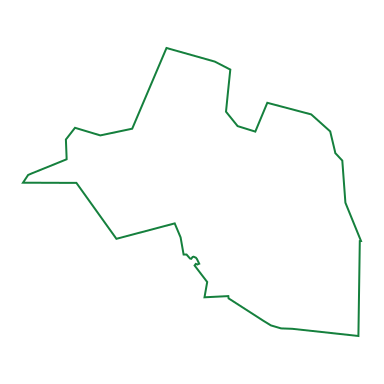 Sinkat, Red Sea, Sudan
{"feature_id": "16777658B46905215541980", "entity_name": "Sinkat", "entity_type": "district", "adm_level": 2, "iso_a3": "SDN", "parent_name": "Sudan", "parent_adm1": "Red Sea", "projection": "orthographic", "projection_center": [36.565, 18.905], "detail": "fine", "context": "isolated", "style": "outline", "palette": "green", "viewbox_px": 384, "rotation_deg": 0, "n_neighbors": 0, "source": "geoboundaries", "source_scale": "gbopen_adm2", "svg_char_len": 750}
<svg xmlns="http://www.w3.org/2000/svg" viewBox="0 0 384 384"><path d="M23.0,182.7L76.4,182.9L116.4,238.8L174.7,223.4L180.6,237.4L183.6,254.5L186.5,254.5L190.0,258.5L191.2,258.8L192.6,257.0L193.6,256.7L195.9,257.7L196.9,259.0L199.2,263.7L197.3,264.5L195.8,263.9L194.6,265.5L201.3,274.3L207.2,282.0L204.5,297.3L228.3,296.1L228.6,298.4L263.4,320.8L270.9,325.4L281.1,328.4L292.2,328.8L358.4,336.0L359.8,241.1L361.0,241.0L345.4,202.7L342.3,160.6L335.3,153.1L334.9,151.1L330.2,131.4L311.2,114.4L282.8,106.9L267.3,102.8L255.3,131.6L237.6,126.1L226.0,111.7L228.0,91.8L230.3,69.6L214.8,61.6L166.5,48.0L132.2,128.7L100.3,135.4L75.0,127.8L65.9,139.5L66.6,157.8L66.6,159.3L32.0,173.3L28.1,175.0L23.0,182.7Z" fill="none" stroke="#15803d" stroke-width="2"/></svg>